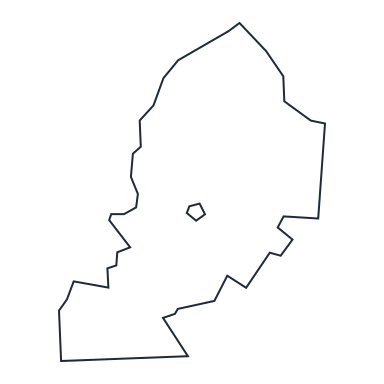 Kagan city, Bukhoro, Uzbekistan (Albers equal-area conic projection)
{"feature_id": "79887680B25452666066533", "entity_name": "Kagan city", "entity_type": "district", "adm_level": 2, "iso_a3": "UZB", "parent_name": "Uzbekistan", "parent_adm1": "Bukhoro", "projection": "albers", "projection_center": [64.532, 39.692], "detail": "fine", "context": "isolated", "style": "outline", "palette": "slate", "viewbox_px": 384, "rotation_deg": 0, "n_neighbors": 0, "source": "geoboundaries", "source_scale": "gbopen_adm2", "svg_char_len": 694}
<svg xmlns="http://www.w3.org/2000/svg" viewBox="0 0 384 384"><path d="M137.9,194.0L136.1,207.4L124.1,214.1L111.2,214.1L109.2,220.1L130.1,247.3L117.3,252.3L116.3,265.4L107.4,268.4L108.4,287.6L73.7,281.4L66.9,299.5L59.0,310.6L61.1,361.0L187.9,356.2L163.0,317.9L174.9,313.9L177.8,308.9L214.4,300.9L227.3,275.7L246.1,287.8L269.8,252.7L280.7,255.7L292.5,239.6L277.7,227.5L283.6,216.4L318.2,218.5L325.0,123.5L310.8,120.6L284.3,101.3L283.3,76.3L266.2,51.2L239.5,23.0L228.6,31.1L178.2,60.2L163.4,78.2L153.5,105.4L139.7,120.5L140.8,146.7L132.9,153.7L130.9,176.9L137.9,194.0ZM205.0,214.3L196.1,220.7L186.8,213.0L189.4,206.3L199.6,203.6L205.0,214.3Z" fill="none" stroke="#1e293b" stroke-width="2"/></svg>